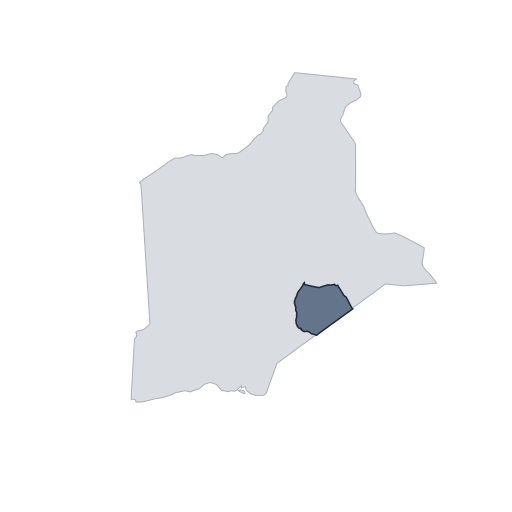 Wajir South, North-Eastern, Kenya shown in context, rotated 54°
{"feature_id": "3690345B47933297170219", "entity_name": "Wajir South", "entity_type": "district", "adm_level": 2, "iso_a3": "KEN", "parent_name": "Kenya", "parent_adm1": "North-Eastern", "projection": "robinson", "projection_center": [40.096, 0.963], "detail": "fine", "context": "in_parent", "style": "filled", "palette": "slate", "viewbox_px": 512, "rotation_deg": 54, "n_neighbors": 0, "source": "geoboundaries", "source_scale": "gbopen_adm2", "svg_char_len": 6922}
<svg xmlns="http://www.w3.org/2000/svg" viewBox="0 0 512 512"><g transform="rotate(54 256 256)"><path d="M127.9,307.0L127.8,300.8L128.5,285.0L128.4,271.2L129.1,264.2L132.1,259.8L133.5,256.6L134.5,252.2L136.1,248.5L139.7,245.6L140.4,243.9L144.2,239.0L146.5,232.6L148.2,230.5L150.3,228.5L151.8,227.4L154.3,226.4L156.3,225.8L156.6,225.3L156.8,224.2L156.2,220.3L157.0,219.0L158.3,216.4L159.9,213.9L161.2,212.4L162.0,210.8L162.4,208.0L162.4,206.0L162.4,202.8L162.0,195.5L160.4,189.4L159.4,182.6L160.1,180.3L158.9,176.3L158.3,176.1L157.2,175.2L155.9,171.5L154.9,168.0L154.3,167.1L150.0,164.1L147.9,157.0L145.5,155.5L144.2,148.4L143.9,146.4L145.3,139.3L145.2,137.7L143.7,136.2L139.7,134.7L136.4,131.8L136.9,130.8L137.1,129.8L135.4,129.0L130.4,117.0L136.8,109.8L143.4,102.4L151.7,93.2L159.4,84.6L166.0,77.3L171.9,70.7L171.8,72.0L171.8,73.6L172.6,74.7L173.8,75.4L175.5,74.6L176.9,73.6L178.4,73.4L187.2,76.1L188.7,78.5L188.6,81.1L189.0,82.9L188.3,84.8L187.6,90.4L187.8,95.6L190.4,99.4L192.8,102.5L194.7,106.7L196.1,108.0L198.0,108.7L204.1,108.8L213.1,109.1L221.8,109.4L222.6,109.5L224.4,110.0L232.4,115.8L239.7,121.0L245.9,125.5L251.9,129.9L257.8,134.2L262.3,137.8L266.8,138.9L274.0,139.4L279.1,139.6L283.7,141.1L290.6,142.5L295.8,143.2L298.9,144.0L307.5,144.8L309.0,144.3L312.8,140.4L317.0,134.0L318.7,130.4L324.2,126.9L333.9,122.0L340.7,118.6L348.3,115.1L351.8,118.1L356.5,122.9L358.7,125.3L360.4,126.4L363.0,127.1L366.1,127.1L367.8,127.0L371.3,126.3L379.6,125.8L384.2,125.8L380.3,132.2L375.6,139.9L366.9,154.1L360.2,161.5L355.2,167.1L354.7,168.1L354.8,174.4L354.8,189.7L354.9,220.4L355.0,251.1L355.1,281.7L355.2,297.1L355.2,302.2L359.6,308.7L363.9,315.0L369.6,323.3L372.7,327.8L373.2,329.2L373.0,332.2L368.3,338.5L364.5,341.3L359.3,342.7L357.8,342.4L355.7,341.5L354.9,343.0L354.3,345.4L353.2,344.9L352.3,344.2L352.9,348.3L353.4,350.4L352.6,353.1L350.1,355.6L349.9,357.6L344.5,362.9L336.8,363.5L332.7,366.2L330.9,368.4L329.5,373.1L330.0,380.4L327.9,386.0L327.5,388.8L323.5,392.5L321.7,395.8L320.4,399.2L319.3,400.7L318.0,408.3L316.1,412.9L315.6,414.5L315.1,415.8L313.7,418.6L312.8,420.4L312.1,421.7L307.4,433.5L303.8,438.8L300.9,438.2L299.0,440.3L298.8,441.3L297.8,440.7L295.4,438.8L290.4,434.8L285.5,430.7L280.6,426.7L275.7,422.7L270.7,418.7L265.8,414.6L260.9,410.6L255.9,406.6L253.0,404.2L251.8,402.9L250.8,400.1L250.3,399.4L249.0,398.5L247.4,398.3L247.0,397.8L247.0,396.5L247.5,394.5L249.3,390.8L249.5,388.7L249.2,386.2L248.6,382.3L248.1,381.4L244.8,379.3L238.0,375.0L231.1,370.6L224.3,366.3L217.4,362.0L210.6,357.6L203.7,353.3L196.9,349.0L190.0,344.7L183.2,340.3L176.3,336.0L169.5,331.7L162.6,327.3L155.8,323.0L148.9,318.7L142.1,314.3L135.2,310.0L132.6,308.4L130.3,307.0L127.9,307.0ZM355.7,349.1L354.5,349.4L355.1,347.3L358.6,344.7L360.1,345.3L360.4,345.9L360.3,346.4L359.7,347.0L355.7,349.1Z" fill="#d9dde1" stroke="#a8b0b8" stroke-width="1"/><path d="M355.7,253.7L355.6,245.3L355.6,244.7L355.5,233.5L355.6,233.4L355.6,216.3L355.7,209.4L355.6,208.8L354.0,209.0L353.9,209.0L353.6,208.9L348.7,208.2L345.8,207.7L344.8,207.6L344.3,207.5L343.9,207.5L342.8,207.3L342.4,207.2L340.5,207.8L340.1,207.9L339.9,208.0L339.7,208.0L339.4,208.1L336.6,207.8L336.0,207.8L335.0,207.7L332.6,207.5L332.1,207.5L331.0,207.4L330.2,207.4L327.7,207.1L327.7,207.4L327.7,207.5L327.6,207.9L327.1,208.4L326.5,208.9L326.3,209.1L326.2,209.2L325.7,209.1L325.2,209.0L324.8,209.9L324.7,210.1L324.7,210.3L324.3,210.9L324.2,211.0L324.1,211.3L323.9,211.6L323.8,211.9L323.7,212.0L323.6,212.3L323.5,212.6L323.2,212.9L323.1,213.0L322.9,213.4L322.8,213.5L322.6,213.6L322.0,214.4L322.0,214.5L321.7,214.7L321.6,214.8L321.4,215.2L321.3,215.3L321.2,215.6L321.2,216.0L321.0,216.6L321.0,216.8L320.9,216.9L320.5,218.0L320.4,218.4L320.2,218.7L319.7,220.1L319.6,220.5L319.4,221.1L319.2,221.9L319.0,222.5L318.8,223.1L318.7,223.4L318.6,223.5L318.4,223.8L318.2,224.0L317.2,224.9L316.4,225.7L316.0,226.1L314.4,227.5L313.2,228.7L312.8,229.0L310.6,230.9L308.7,232.6L308.2,233.1L307.9,233.3L307.7,233.5L307.3,233.6L307.2,233.6L307.2,233.4L307.0,233.1L306.8,233.0L306.4,232.7L306.2,232.6L305.9,232.5L306.0,233.0L306.1,233.3L306.3,233.6L306.4,234.0L306.5,234.3L306.5,234.5L307.0,234.8L307.1,235.0L307.4,235.4L307.5,235.6L307.5,235.8L307.6,236.2L307.6,236.4L307.6,236.6L307.7,236.8L308.0,237.4L308.3,238.3L308.5,238.9L308.8,239.5L308.9,240.1L309.1,240.7L309.3,241.3L309.4,241.9L309.4,242.1L309.6,242.4L309.7,242.5L309.7,242.8L309.8,243.1L309.9,243.3L310.1,243.5L310.2,243.8L310.3,244.0L310.5,244.4L310.6,244.5L310.8,244.6L310.9,244.9L310.9,245.0L311.0,245.1L311.1,245.3L311.3,245.5L311.5,245.8L311.7,246.0L311.8,246.1L311.9,246.3L312.0,246.3L312.2,246.5L312.3,246.6L312.4,246.8L312.5,246.9L312.5,247.0L312.6,247.4L312.6,247.5L312.8,247.8L312.9,248.0L313.0,248.2L313.1,248.3L313.3,248.5L313.3,248.8L313.5,248.9L313.5,249.0L313.7,249.3L313.8,249.5L314.0,249.6L314.1,249.8L314.2,250.0L314.3,250.1L314.5,250.3L314.6,250.5L314.8,250.7L314.9,250.8L315.0,251.0L315.1,251.4L315.2,251.5L315.3,251.5L315.5,251.6L315.8,251.8L316.0,251.9L316.1,252.0L316.3,252.2L316.4,252.3L316.5,252.3L316.5,252.5L316.8,252.7L317.0,252.7L317.1,252.8L317.3,252.9L317.5,252.9L317.9,252.9L318.0,253.0L318.4,253.0L318.5,253.0L318.9,253.1L319.0,253.2L319.1,253.3L319.2,253.5L319.3,253.5L319.5,253.7L319.6,253.8L319.8,253.8L320.0,253.7L320.3,253.7L320.5,253.7L320.8,253.8L321.1,254.0L321.4,254.4L321.8,254.8L322.1,255.0L322.4,255.2L322.7,255.4L323.0,255.6L323.6,255.9L323.9,256.0L324.2,256.0L324.3,256.0L324.6,256.1L325.1,256.1L325.3,256.1L325.5,256.2L325.8,256.3L326.1,256.6L326.9,257.2L327.0,257.3L327.5,257.7L327.9,258.1L328.1,258.2L328.4,258.4L328.7,258.5L328.8,258.6L329.0,258.7L329.1,258.8L329.3,259.1L329.6,259.4L330.1,260.0L330.3,260.4L330.5,260.6L330.7,260.8L330.9,261.0L331.2,261.2L331.4,261.5L331.7,261.7L332.1,261.9L332.4,262.1L332.6,262.1L332.8,262.2L333.4,262.6L333.7,262.8L334.1,263.1L334.3,263.2L334.4,263.3L334.5,263.3L335.1,263.3L335.4,263.3L335.5,263.3L335.9,263.4L336.1,263.5L336.3,263.7L336.5,263.8L336.8,263.9L337.1,263.8L337.2,263.7L337.5,263.6L338.2,263.8L338.3,263.8L338.5,263.8L339.0,263.8L339.2,263.7L339.3,263.7L339.6,263.4L339.8,263.4L339.9,263.5L340.0,263.5L340.1,263.4L340.3,263.0L340.3,262.9L340.5,262.8L340.5,262.7L340.7,262.4L340.8,262.4L341.0,262.3L341.4,262.4L341.4,262.5L341.6,262.5L341.8,262.7L342.0,262.7L342.3,262.6L342.6,262.7L342.8,262.4L343.0,262.3L343.3,262.3L343.3,262.2L343.5,262.1L344.0,262.1L344.3,262.1L344.5,262.1L344.9,261.8L345.1,261.6L345.5,261.4L345.7,261.2L345.7,260.8L345.8,260.7L346.0,260.5L346.1,260.4L346.4,259.9L346.5,259.6L346.5,259.4L346.6,259.2L346.8,258.9L347.0,258.8L347.4,258.7L347.5,258.6L347.7,258.3L347.9,258.1L348.1,258.0L348.4,257.8L348.6,257.7L348.8,257.6L349.7,257.4L350.1,257.2L350.7,257.1L350.8,257.1L351.0,257.0L351.2,256.9L351.3,256.9L352.2,256.3L352.9,255.6L353.2,255.2L353.3,255.1L353.7,254.9L353.8,254.8L354.2,254.7L354.3,254.6L354.5,254.4L355.1,254.1L355.5,253.9L355.7,253.7Z" fill="#64748b" stroke="#1e293b" stroke-width="1.5"/></g></svg>